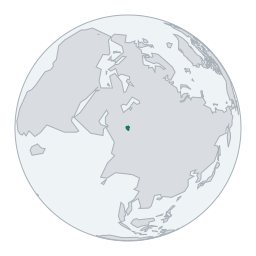 Badghis highlighted on a globe, orthographic projection, rotated 57°
{"feature_id": "AFG-1741", "entity_name": "Badghis", "entity_type": "Province", "adm_level": 1, "iso_a3": "AFG", "parent_name": "Afghanistan", "parent_adm1": "", "projection": "orthographic", "projection_center": [63.837, 35.271], "detail": "fine", "context": "on_globe", "style": "filled", "palette": "teal", "viewbox_px": 256, "rotation_deg": 57, "n_neighbors": 0, "source": "natural_earth", "source_scale": "10m", "svg_char_len": 11047}
<svg xmlns="http://www.w3.org/2000/svg" viewBox="0 0 256 256"><g transform="rotate(57 128 128)"><circle cx="128" cy="128" r="113" fill="#eef3f6" stroke="#a8b0b8"/><path d="M143.8,16.5L146.3,17.2L156.2,20.5L161.6,21.9L158.6,21.6L170.4,24.8L177.2,28.2L168.1,24.3L166.1,23.9L170.0,25.9L168.8,25.9L170.0,27.0L168.2,27.0L163.0,25.0L161.7,25.1L164.6,26.6L164.5,27.7L160.5,25.5L160.1,27.3L151.3,25.0L142.1,20.2L135.8,20.1L122.5,18.3L122.3,18.9L117.1,19.0L115.0,19.9L113.1,19.6L113.0,20.6L115.1,20.7L115.7,21.2L114.6,21.8L112.1,21.4L112.3,21.1L110.9,21.3L110.1,20.9L109.9,21.5L107.0,21.1L108.3,22.4L104.5,22.9L103.0,22.5L105.3,21.3L107.5,18.3L106.7,18.0L103.2,18.5L92.1,21.7L90.3,22.1L86.3,23.5L89.4,22.7L88.4,23.7L92.4,22.7L92.5,23.0L95.7,22.8L92.9,24.2L88.4,25.9L85.6,26.3L83.6,27.1L84.3,28.1L77.3,30.5L69.4,35.1L67.9,35.7L68.2,34.1L73.0,30.4L73.4,29.5L70.8,31.7L66.9,33.7L65.2,34.8L64.1,35.8L64.6,35.7L62.8,36.9L64.7,34.8L66.4,33.7L65.8,34.3L68.0,32.7L68.7,32.2L76.3,27.9L84.2,24.2L92.3,21.2L100.6,18.7L109.2,16.9L117.8,15.8L126.5,15.4L135.1,15.6L143.8,16.5ZM147.3,17.0L147.5,17.1L145.7,16.8L145.8,16.8L147.3,17.0ZM165.7,23.1L163.5,22.2L166.1,23.1L165.7,23.1ZM170.5,27.2L171.5,27.5L171.7,28.0L170.5,27.2ZM97.1,22.0L96.4,22.4L96.2,22.2L97.1,22.0ZM99.1,21.7L99.3,21.2L100.3,21.0L100.1,21.3L99.1,21.7ZM169.1,28.4L169.0,29.3L168.2,28.1L169.1,28.4ZM98.6,22.3L102.0,20.7L103.7,20.3L104.7,21.1L98.6,22.3ZM168.4,29.5L168.5,31.8L170.8,32.5L164.3,31.9L166.4,30.0L165.0,28.3L167.0,29.4L168.4,29.5ZM116.2,20.5L113.9,20.4L116.8,20.0L116.2,20.5ZM117.9,20.1L126.0,18.6L128.8,19.3L125.5,19.6L130.0,20.2L127.5,21.2L124.4,21.1L123.1,20.4L123.1,21.4L117.9,20.1ZM160.7,31.3L159.9,31.6L159.8,30.9L160.7,31.3ZM116.2,21.4L117.6,21.0L120.1,21.5L117.9,22.5L117.8,22.0L116.2,21.4ZM132.4,20.0L133.9,20.7L132.3,21.6L132.6,22.1L127.6,21.3L132.4,20.0ZM116.6,22.2L116.6,23.0L114.4,23.4L115.0,21.9L116.6,22.2ZM121.8,21.2L122.9,21.6L121.5,21.7L121.8,21.2ZM106.7,25.4L108.2,24.7L109.7,24.8L106.7,25.4ZM116.8,23.3L117.5,23.2L118.3,23.2L117.9,23.9L116.8,23.3ZM126.8,22.2L125.8,22.5L128.8,22.5L127.7,23.4L124.5,22.8L125.4,23.4L125.1,23.7L122.9,22.9L126.8,22.2ZM119.7,24.7L115.3,24.5L112.0,25.7L110.6,25.6L116.1,23.7L119.7,24.7ZM121.7,23.7L120.1,24.3L119.2,23.7L119.7,23.0L121.7,23.7ZM128.0,24.2L130.6,23.0L131.1,23.2L128.0,24.2ZM118.9,25.1L120.0,25.2L118.8,25.3L118.9,25.1ZM125.4,24.6L126.2,24.1L126.9,24.3L125.4,24.6ZM121.5,25.8L120.0,25.7L120.3,25.1L121.5,25.8ZM123.4,25.3L124.1,25.8L121.3,25.0L123.7,25.1L123.4,25.3ZM125.9,24.9L126.6,24.9L125.5,25.1L125.9,24.9ZM121.1,28.1L117.5,27.2L118.1,26.0L121.6,26.9L121.1,28.1ZM19.7,133.1L20.3,114.0L22.6,110.2L24.8,103.4L42.2,92.5L43.9,96.7L55.3,102.4L56.3,104.3L52.7,109.0L59.5,121.5L64.3,118.5L72.7,126.6L79.6,128.9L86.0,119.3L74.6,115.2L74.9,109.3L85.8,108.2L96.0,112.1L96.4,109.9L91.8,103.4L96.0,100.6L90.4,100.9L91.3,103.6L87.8,104.0L86.8,101.6L88.3,100.6L85.7,98.7L79.1,104.4L79.2,107.8L71.4,105.9L70.9,111.4L68.1,112.7L67.8,104.0L69.3,101.5L67.2,90.9L64.9,93.3L66.8,103.6L65.3,102.1L62.3,105.9L63.5,101.9L62.1,90.4L56.2,88.4L45.5,94.3L42.7,92.7L41.9,88.3L49.2,79.0L54.5,83.7L57.1,80.9L58.8,74.7L60.3,76.8L61.7,75.0L63.9,76.7L69.9,74.5L72.7,75.8L77.7,70.9L79.8,71.0L76.2,73.8L75.2,76.6L82.3,80.3L84.5,79.8L87.2,76.4L88.8,78.1L90.5,74.4L95.9,75.0L90.8,71.2L93.8,67.6L98.5,66.0L98.6,64.3L90.9,66.9L88.7,68.7L88.2,71.2L81.3,76.0L78.3,75.7L82.0,68.4L78.1,67.4L82.7,62.6L100.7,57.6L106.8,58.0L111.3,66.1L108.3,67.9L105.2,65.8L105.6,71.0L106.8,69.0L108.1,70.5L111.3,67.8L112.5,68.8L113.7,64.7L115.4,65.6L114.6,68.1L120.9,65.3L125.2,66.6L126.1,65.5L125.8,64.0L131.4,66.9L131.8,66.0L130.1,64.7L129.8,62.2L131.5,58.9L133.4,60.0L133.0,61.4L135.1,66.1L133.9,69.7L134.8,69.9L136.3,67.0L133.8,61.2L134.2,59.0L135.9,61.5L135.3,60.4L136.1,59.6L138.7,60.1L137.1,57.3L143.6,48.7L149.2,49.0L149.9,51.9L156.4,48.1L162.2,49.4L160.7,48.1L162.7,45.8L160.9,45.3L160.3,44.6L164.8,39.2L167.3,39.1L167.4,35.9L166.6,35.3L164.7,35.2L164.3,31.9L170.8,32.5L172.3,33.8L175.3,33.6L178.3,36.6L182.2,39.2L183.7,43.0L186.7,44.9L187.5,44.7L192.2,47.4L198.8,54.4L189.7,49.8L179.0,40.9L183.1,44.4L181.0,44.0L181.8,45.7L184.7,48.3L185.8,48.3L184.8,55.9L189.6,65.0L192.0,62.6L195.4,63.9L202.9,73.6L205.6,91.3L210.2,94.4L211.7,97.4L210.6,100.7L208.3,96.4L205.4,96.2L204.3,93.4L201.7,97.7L200.0,93.9L198.8,99.3L201.3,101.6L204.3,99.0L204.0,105.7L209.3,109.0L212.0,115.0L209.9,129.3L204.6,135.8L204.7,137.9L201.6,136.9L199.0,142.4L206.1,151.0L206.5,154.2L201.5,162.5L201.1,160.3L192.8,157.7L192.4,165.6L198.7,169.4L201.0,175.5L196.6,175.1L194.2,169.8L191.2,168.6L191.2,162.0L187.2,153.2L182.7,156.5L182.3,152.5L176.1,145.6L169.2,150.0L158.7,162.8L158.6,173.0L154.4,177.8L146.2,164.3L144.0,154.4L140.2,155.6L132.5,147.2L116.6,146.3L115.2,143.4L112.0,144.5L106.8,141.2L104.9,136.5L101.3,136.2L106.5,148.7L110.5,148.9L114.9,144.9L115.5,149.1L120.7,153.1L112.0,162.2L89.8,167.4L89.0,159.5L79.5,134.8L80.6,132.6L80.6,132.3L80.6,131.7L78.2,135.3L77.1,130.4L80.6,147.3L80.6,153.9L89.4,167.8L88.3,168.7L91.5,171.7L103.7,170.9L103.5,173.4L96.9,183.6L81.2,194.4L84.1,203.8L84.4,210.7L76.5,212.6L79.1,217.8L75.3,218.0L76.4,220.5L74.4,221.8L70.4,221.8L61.5,217.4L59.5,215.0L52.7,208.2L42.7,192.6L43.4,187.9L41.9,182.5L35.7,167.0L37.0,161.2L35.7,157.2L32.8,155.6L31.5,150.8L29.9,149.2L21.3,141.3L19.7,133.1ZM33.9,100.8L32.9,102.6L33.9,100.8ZM105.4,121.8L112.6,123.4L111.9,116.1L114.5,116.2L113.3,113.8L111.8,115.6L109.2,109.1L113.1,107.7L113.6,104.6L111.2,103.9L104.3,107.7L108.0,116.8L105.3,119.3L105.4,121.8ZM66.8,33.8L66.5,34.0L65.1,35.1L65.2,34.9L66.8,33.8ZM61.9,39.1L59.1,40.9L61.2,39.3L60.8,39.2L64.9,35.9L67.3,35.9L65.5,36.4L61.9,39.1ZM70.9,31.8L68.1,33.7L71.1,31.7L70.9,31.8ZM67.0,64.4L66.8,66.3L64.6,67.8L61.1,66.9L64.3,64.6L67.0,64.4ZM67.1,68.7L71.8,62.2L74.1,62.8L72.0,63.5L73.1,64.5L70.0,66.0L67.7,73.2L65.6,75.1L60.4,71.9L63.2,71.8L63.2,69.8L67.1,68.7ZM79.5,47.2L81.5,45.1L83.9,48.9L81.8,50.5L78.2,49.5L78.6,47.1L79.5,47.2ZM99.7,24.2L100.3,23.7L101.0,23.7L101.1,24.2L99.7,24.2ZM107.3,25.0L97.7,26.9L97.9,26.3L92.1,28.5L90.4,27.8L94.2,26.3L88.5,27.6L91.3,26.0L87.4,27.2L96.2,24.0L98.5,22.8L96.6,24.3L98.1,25.0L99.4,24.9L104.9,23.9L110.6,22.0L113.0,22.6L113.1,23.5L112.1,24.0L110.9,23.4L110.4,24.6L107.9,24.2L107.3,25.0ZM113.8,37.5L112.8,36.0L111.4,39.5L108.9,38.6L108.9,39.0L106.2,39.2L102.9,40.4L102.0,39.7L101.1,40.5L99.3,40.7L97.7,41.6L95.7,40.8L93.6,41.8L93.8,40.8L90.8,42.9L92.1,41.0L89.9,41.4L89.8,43.0L82.5,38.0L78.5,37.7L74.4,38.7L77.2,35.8L82.8,33.2L89.4,31.5L92.9,32.3L93.5,31.0L95.4,31.0L94.1,32.1L97.2,30.6L98.4,30.9L104.2,30.2L107.9,28.2L110.2,28.0L109.3,29.0L112.1,28.2L112.0,30.0L113.6,30.0L115.1,31.9L112.5,34.0L114.5,33.9L115.7,35.5L113.8,37.5ZM121.4,28.6L118.9,31.1L116.3,31.9L114.8,28.3L113.4,28.1L112.3,26.1L116.2,25.0L116.1,25.6L117.0,26.0L115.4,26.2L117.3,26.4L117.3,27.3L118.7,27.8L117.5,28.4L121.4,28.6ZM58.9,103.2L59.9,104.2L61.9,105.1L60.0,107.6L58.9,103.2ZM57.7,95.4L58.9,95.7L57.2,99.4L56.1,98.5L57.7,95.4ZM61.0,92.9L59.1,95.5L59.5,93.6L61.0,92.9ZM77.5,74.0L78.9,74.3L78.5,75.2L77.0,76.1L77.5,74.0ZM109.3,48.6L109.1,47.4L109.9,47.2L111.8,44.5L113.8,45.1L113.5,47.0L109.3,48.6ZM83.3,120.5L80.4,121.8L79.7,120.4L80.9,120.3L83.3,120.5ZM69.0,114.7L71.6,117.4L68.5,115.4L69.0,114.7ZM111.8,48.9L112.4,47.6L113.0,48.7L111.8,48.9ZM115.4,45.4L116.4,46.5L114.3,44.9L115.4,45.4ZM134.6,239.8L136.2,239.9L134.2,240.1L134.6,239.8ZM102.9,213.2L98.6,223.3L93.4,222.3L91.3,219.0L92.1,212.6L97.7,211.6L100.2,208.7L102.9,213.2ZM219.1,179.9L221.0,178.9L220.8,179.3L219.1,179.9ZM217.3,180.0L219.5,178.5L216.7,181.2L217.3,180.0ZM220.4,177.9L222.7,175.5L223.7,174.0L223.4,175.0L220.4,177.9ZM215.7,181.1L206.1,186.4L202.1,187.3L203.3,185.4L209.8,182.5L215.7,181.1ZM203.0,185.5L196.6,184.0L186.5,174.4L190.2,173.5L200.4,177.7L199.8,179.3L203.7,181.0L203.0,185.5ZM217.6,169.8L216.9,174.1L211.9,176.8L209.4,177.5L207.8,173.2L208.7,170.1L210.8,169.1L217.6,155.5L220.2,156.2L218.4,161.5L220.4,163.7L217.6,169.8ZM159.2,173.8L162.2,179.2L159.8,180.5L159.2,173.8ZM219.6,147.0L217.4,153.0L219.2,145.8L219.6,147.0ZM220.2,140.8L220.8,142.8L219.3,141.5L220.2,140.8ZM205.4,141.0L203.3,142.6L202.9,141.1L205.3,138.1L205.4,141.0ZM214.0,120.2L215.4,124.7L215.5,126.5L213.9,124.4L214.0,120.2ZM130.0,54.1L125.2,57.0L123.0,59.8L123.9,62.5L120.5,60.1L123.9,55.7L130.0,54.1ZM141.7,49.1L140.9,47.1L142.6,47.3L143.0,47.9L141.7,49.1ZM140.3,48.3L136.7,47.0L137.1,45.5L139.8,46.8L140.3,48.3ZM124.1,47.5L122.5,48.3L122.0,47.3L124.1,47.5ZM211.9,203.1L202.8,212.0L200.6,213.4L203.1,210.9L204.9,206.4L205.8,205.9L207.6,201.9L217.0,192.3L224.3,180.4L227.2,177.5L230.8,169.1L233.2,165.9L231.3,171.6L232.3,170.6L236.5,157.6L235.8,160.7L233.1,168.4L229.9,175.9L226.2,183.2L221.9,190.2L217.2,196.8L211.9,203.1ZM223.6,176.7L226.5,171.6L227.7,170.1L223.6,176.7ZM238.3,150.7L238.2,150.4L237.0,155.4L235.0,159.4L235.8,156.6L235.8,154.4L233.0,157.7L232.4,156.7L233.7,153.9L231.4,155.2L233.9,151.3L234.7,153.9L236.0,149.1L237.7,146.6L238.9,144.6L239.4,144.7L239.1,146.5L239.0,147.1L238.3,150.7ZM233.4,159.7L233.8,159.1L233.3,160.7L233.4,159.7ZM239.7,142.7L239.6,143.4L240.1,139.2L239.7,142.7ZM240.3,136.3L240.3,136.0L240.4,135.4L240.3,136.3ZM228.4,162.3L228.2,163.5L227.4,163.4L228.4,162.3ZM229.4,160.7L231.4,159.5L229.1,161.8L229.4,160.7ZM221.8,163.7L222.5,165.6L225.1,162.0L223.1,165.8L224.6,168.6L223.9,170.6L222.5,167.5L221.6,172.5L220.5,173.3L220.1,169.8L221.4,164.1L222.5,161.3L226.9,156.8L221.8,163.7ZM229.5,157.7L228.8,155.3L229.2,152.9L229.9,153.8L229.5,157.7ZM226.6,149.9L224.4,147.9L222.9,150.6L225.6,142.9L227.3,146.1L226.6,149.9ZM224.1,143.4L222.7,145.9L223.9,141.8L224.1,143.4ZM222.1,145.1L221.5,142.7L222.9,142.1L222.1,145.1ZM224.9,142.9L224.5,138.4L225.6,140.4L224.9,142.9ZM219.9,137.6L223.5,139.6L219.5,140.6L217.5,132.5L219.0,131.2L219.9,137.6ZM216.6,97.8L215.2,95.7L216.0,94.1L216.8,95.9L216.6,97.8ZM217.5,87.6L215.8,93.0L214.2,97.7L215.5,98.0L216.7,102.5L213.7,100.0L213.6,93.9L215.1,91.1L213.6,87.5L213.7,83.8L211.0,80.1L210.5,77.7L213.4,80.3L217.5,87.6ZM209.8,78.7L205.2,71.7L207.6,70.6L209.2,71.8L210.3,75.4L208.9,75.8L209.8,78.7ZM204.8,69.8L203.4,70.2L193.8,62.4L192.4,60.6L201.0,65.4L200.2,66.1L202.1,68.3L204.8,69.8ZM161.1,32.1L160.1,31.7L161.2,31.7L161.1,32.1ZM159.3,44.4L158.7,43.4L160.0,43.3L159.3,44.4ZM157.7,40.6L156.6,41.3L157.0,40.0L157.7,40.6ZM154.2,43.2L155.8,41.4L155.4,43.9L154.2,43.2Z" fill="#d9dde1" stroke="#a8b0b8" stroke-width="1"/><path d="M127.2,126.8L127.4,126.8L127.5,126.8L127.5,126.7L127.8,126.6L128.0,126.5L128.2,126.8L128.1,127.0L128.2,127.3L128.3,127.3L128.3,127.5L128.6,127.6L128.8,127.7L128.9,127.8L128.9,128.0L129.1,128.1L129.3,128.1L129.5,128.2L129.7,128.3L129.8,128.4L129.9,128.5L130.0,128.6L129.9,128.7L129.9,128.8L129.9,129.0L129.5,129.1L129.4,129.1L129.1,129.1L128.9,129.2L128.6,129.2L128.5,129.3L128.4,129.3L127.9,129.5L127.8,129.4L127.7,129.4L127.4,129.4L127.2,129.2L127.0,129.3L126.9,129.3L126.8,129.2L126.7,129.2L126.4,129.0L126.3,128.9L126.2,128.9L126.1,128.7L126.1,128.4L126.3,128.1L126.4,127.9L126.5,127.8L126.6,127.7L126.8,127.7L126.8,127.4L127.0,127.2L126.9,127.1L126.8,126.9L127.2,126.8Z" fill="#14b8a6" stroke="#0f766e" stroke-width="1.5"/></g></svg>